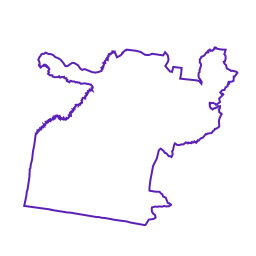 outline of Kisarawe, Pwani, United Republic of Tanzania, rotated 9°
{"feature_id": "72390352B52983476562666", "entity_name": "Kisarawe", "entity_type": "district", "adm_level": 2, "iso_a3": "TZA", "parent_name": "United Republic of Tanzania", "parent_adm1": "Pwani", "projection": "albers", "projection_center": [38.786, -7.182], "detail": "fine", "context": "isolated", "style": "outline", "palette": "violet", "viewbox_px": 256, "rotation_deg": 9, "n_neighbors": 0, "source": "geoboundaries", "source_scale": "gbopen_adm2", "svg_char_len": 5637}
<svg xmlns="http://www.w3.org/2000/svg" viewBox="0 0 256 256"><g transform="rotate(9 128 128)"><path d="M226.5,55.5L222.5,55.1L220.8,55.5L220.6,55.1L216.2,53.7L215.0,50.5L213.7,49.8L212.8,48.7L212.2,47.6L213.2,47.2L213.6,44.2L213.0,41.4L211.6,40.0L212.2,35.4L207.9,35.9L201.7,35.7L201.2,35.5L201.8,34.8L201.4,34.7L200.8,35.5L201.2,35.7L199.4,38.5L199.0,38.5L199.1,38.1L197.6,38.8L196.9,38.1L196.8,38.7L195.7,38.5L195.1,39.0L195.4,40.3L194.8,40.2L194.8,41.0L194.0,40.9L193.2,41.8L192.4,43.8L191.4,45.0L189.3,46.2L189.3,47.2L188.2,49.0L188.7,52.2L189.6,52.7L190.4,54.6L189.6,59.7L190.0,61.5L189.2,62.8L189.5,65.5L190.2,67.3L193.0,70.1L193.7,71.6L193.6,72.8L191.0,70.6L188.6,70.2L171.8,71.1L172.0,66.4L171.6,60.3L163.2,60.6L162.7,65.7L160.6,65.6L155.2,61.0L157.1,56.2L157.3,53.9L156.0,50.1L152.8,47.3L151.4,50.8L140.2,50.9L138.0,52.3L135.9,52.9L133.3,53.0L128.5,50.9L123.7,50.5L114.5,50.8L114.3,51.2L114.0,51.0L113.6,51.3L110.8,54.4L110.6,54.8L111.0,54.9L109.5,57.3L106.0,59.9L103.2,55.1L102.9,55.8L102.3,55.7L102.3,55.1L101.8,55.1L101.7,54.7L100.6,54.7L100.5,56.5L99.9,56.7L99.3,57.9L98.6,57.4L97.7,57.9L97.9,58.4L97.1,59.5L97.7,60.4L96.4,61.6L97.4,62.8L97.3,64.1L96.3,63.7L96.3,63.3L95.6,63.6L95.7,64.1L94.7,65.6L95.1,66.8L94.6,66.6L93.7,67.4L94.8,67.6L94.0,68.4L94.5,69.3L93.7,70.7L94.1,71.9L92.8,72.1L92.5,72.5L93.1,72.6L93.7,73.9L93.2,74.5L93.2,74.3L93.0,74.0L92.9,75.8L89.4,77.6L86.9,78.4L83.8,78.4L76.5,76.7L75.4,76.8L73.7,77.8L71.8,77.0L68.8,73.8L64.6,72.2L63.4,72.2L62.2,72.8L58.6,76.3L56.5,76.7L54.1,74.0L50.5,70.9L47.8,69.9L45.2,69.4L42.6,67.6L40.1,67.1L38.1,67.4L34.8,66.4L33.4,67.9L31.7,68.2L31.0,68.7L30.3,70.6L29.6,71.5L28.7,74.7L29.7,75.8L30.6,77.9L30.7,79.0L30.1,79.8L30.9,80.8L31.4,80.7L31.9,81.6L32.2,81.1L32.6,81.5L33.0,80.7L34.8,79.9L34.8,78.9L35.6,78.5L36.2,78.4L36.8,79.8L37.5,79.9L37.8,79.1L38.8,79.8L39.1,80.0L38.8,80.8L40.6,81.3L41.1,82.3L40.3,84.3L41.3,85.2L40.5,86.9L42.4,88.1L45.1,87.8L45.4,88.9L47.6,89.3L50.6,88.7L51.7,87.7L52.5,88.8L53.3,88.8L53.9,88.1L54.7,88.2L56.8,87.4L57.2,88.5L58.2,88.8L59.3,88.5L59.4,89.2L60.5,89.9L60.0,90.4L60.1,91.1L63.0,92.0L63.6,90.6L64.1,90.3L65.4,90.7L67.8,90.5L69.3,91.2L70.4,90.6L71.5,91.0L72.9,90.7L74.4,91.7L78.0,90.7L84.6,90.9L85.4,92.0L86.1,92.1L86.9,93.7L85.7,94.5L86.7,96.2L86.0,95.8L86.0,96.6L85.4,96.7L84.3,96.2L84.4,97.2L83.2,97.2L82.6,97.7L83.3,99.1L82.8,100.1L82.2,99.5L81.1,100.2L81.0,100.5L82.3,101.7L81.6,102.9L80.9,103.0L80.6,104.5L81.2,105.0L81.2,105.6L80.8,105.7L80.2,105.0L78.6,105.3L78.5,106.4L78.1,107.0L78.4,108.0L77.9,108.3L78.6,110.0L78.4,110.6L77.5,110.7L77.1,112.3L76.5,112.1L75.7,113.5L75.6,112.8L75.3,113.2L74.8,112.9L72.8,113.3L73.2,114.0L73.1,114.7L72.2,115.4L72.3,117.1L72.1,117.5L71.8,116.5L71.6,116.6L71.4,117.2L71.9,118.0L70.6,118.2L71.4,118.9L71.0,120.0L70.2,120.1L70.3,120.8L69.3,120.7L68.5,121.7L69.1,122.1L68.5,123.0L69.1,123.0L68.9,123.6L69.6,124.0L69.7,124.6L69.2,124.4L68.8,125.0L67.7,125.1L68.3,126.0L67.1,127.9L66.0,127.7L66.3,128.4L65.4,129.4L64.9,128.7L63.9,129.3L63.1,128.3L63.0,129.7L61.8,129.5L61.8,128.6L60.3,128.6L59.8,130.2L59.4,130.0L59.3,129.2L58.8,129.7L58.4,129.4L59.2,128.6L59.1,128.1L58.4,128.6L57.8,128.2L58.5,127.3L58.4,126.8L56.7,127.6L56.2,126.7L55.2,127.0L55.9,127.6L54.6,127.4L54.7,128.6L53.5,128.4L54.0,129.3L52.7,129.4L53.3,130.2L52.3,130.1L52.6,131.2L51.8,131.1L50.9,132.4L49.8,131.3L49.0,132.2L49.4,133.0L48.3,132.6L48.1,132.9L48.7,133.6L48.1,133.8L48.2,134.8L47.9,135.1L47.6,135.3L46.9,134.2L46.0,134.6L47.1,135.6L45.8,136.4L45.8,137.7L44.7,137.6L45.3,138.3L45.2,138.6L44.5,138.1L45.0,139.3L44.3,139.1L44.2,139.8L43.6,139.6L43.0,140.0L43.4,140.9L42.2,141.1L42.4,142.4L41.4,142.2L41.8,143.3L40.1,143.6L40.3,144.6L39.1,144.6L39.5,145.8L38.9,145.9L39.1,146.9L38.7,147.9L37.8,147.9L38.1,160.4L37.8,165.4L38.2,174.2L37.7,179.9L37.9,182.8L37.4,183.9L38.3,192.0L38.4,204.7L38.0,206.6L38.2,210.9L37.7,221.2L64.5,220.6L64.7,220.9L81.9,220.9L84.2,220.6L111.2,220.9L113.0,220.5L116.2,220.8L119.7,220.5L130.2,220.8L140.9,220.5L145.7,221.0L159.8,221.3L160.6,220.7L162.8,215.3L167.3,213.9L169.3,212.2L168.4,209.9L166.1,208.5L164.7,206.8L164.0,203.9L164.1,202.7L167.2,201.3L169.0,201.3L171.0,200.6L174.2,200.3L175.7,199.4L177.7,199.5L180.5,199.0L182.4,197.3L182.4,196.8L180.9,196.4L180.5,195.9L179.6,196.0L178.9,195.6L176.2,190.9L173.3,190.1L172.2,188.0L170.6,187.4L169.2,186.1L164.9,186.6L159.2,186.6L158.9,186.3L158.5,182.9L158.3,175.6L158.7,161.5L161.3,153.4L161.9,145.3L163.4,143.3L163.9,143.4L166.9,145.2L168.2,146.8L168.9,146.7L170.4,147.4L172.6,149.5L174.1,149.2L175.5,149.9L176.3,147.0L175.2,144.1L175.9,142.8L176.2,137.7L176.8,135.8L179.1,137.0L181.0,137.0L182.8,136.0L185.3,135.5L187.3,133.2L187.9,133.5L189.5,133.1L189.5,133.8L190.1,133.7L190.9,133.0L192.1,133.1L192.8,132.3L193.2,132.7L193.5,132.1L193.7,132.4L194.9,132.1L195.4,131.5L195.9,131.5L195.9,131.1L196.6,131.6L197.1,131.2L197.4,131.5L198.4,130.0L198.5,130.5L198.8,129.9L199.9,129.4L200.7,127.9L202.1,126.4L203.4,125.9L205.9,121.7L206.8,121.9L207.4,121.1L211.0,120.0L212.1,118.8L212.1,118.1L213.7,116.5L214.0,115.3L215.7,114.6L217.6,112.7L217.9,111.6L216.8,107.8L216.7,105.3L217.7,101.0L218.4,99.7L217.7,99.0L215.8,98.2L215.3,96.5L214.8,96.0L215.6,94.1L215.5,92.1L213.6,92.4L213.1,93.7L212.1,93.8L211.3,94.8L210.3,94.9L208.6,96.5L207.7,95.6L206.6,95.6L205.2,93.3L205.1,92.3L205.4,91.8L204.7,90.7L204.9,90.2L206.0,90.4L208.0,89.9L210.6,90.6L211.4,91.4L214.8,88.0L213.4,84.7L216.9,80.0L216.2,79.3L215.0,79.7L213.5,78.4L215.1,76.0L217.3,75.3L218.0,72.6L219.8,71.1L219.6,70.2L220.0,68.3L221.5,69.1L220.1,67.3L220.1,66.7L223.1,66.1L224.9,64.8L224.4,60.7L225.1,60.8L227.3,56.6L226.8,56.5L226.5,55.5Z" fill="none" stroke="#5b21b6" stroke-width="2"/></g></svg>